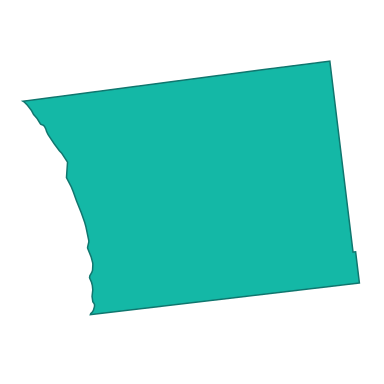 Lewis, Missouri, United States of America (Robinson projection), rotated 172°
{"feature_id": "52423323B3556766524174", "entity_name": "Lewis", "entity_type": "district", "adm_level": 2, "iso_a3": "USA", "parent_name": "United States of America", "parent_adm1": "Missouri", "projection": "robinson", "projection_center": [-91.537, 40.101], "detail": "fine", "context": "isolated", "style": "filled", "palette": "teal", "viewbox_px": 384, "rotation_deg": 172, "n_neighbors": 0, "source": "geoboundaries", "source_scale": "gbopen_adm2", "svg_char_len": 806}
<svg xmlns="http://www.w3.org/2000/svg" viewBox="0 0 384 384"><g transform="rotate(172 192 192)"><path d="M104.5,303.3L346.7,305.4L345.7,304.6L343.0,301.0L339.6,295.0L338.1,290.8L335.2,286.4L332.7,280.7L332.3,280.1L329.8,278.7L328.8,277.1L328.0,274.7L327.6,272.2L326.5,268.8L321.7,258.8L317.6,251.3L315.6,248.5L311.1,238.9L314.3,223.7L310.8,213.8L309.5,208.5L307.6,199.3L304.5,186.8L302.5,176.9L301.9,172.4L301.0,158.5L301.1,157.0L303.1,151.8L303.2,150.9L300.9,141.6L300.2,135.7L300.3,133.9L301.4,128.3L302.4,126.4L304.8,123.3L305.4,121.4L305.1,120.2L304.1,116.7L303.7,113.3L303.9,108.8L305.5,102.5L305.5,97.1L304.5,95.2L304.2,93.8L304.6,91.9L306.1,88.6L307.5,86.9L309.2,85.7L309.7,84.7L38.9,78.6L38.3,110.0L40.9,110.1L37.3,302.4L104.5,303.3Z" fill="#14b8a6" stroke="#0f766e" stroke-width="1.5"/></g></svg>